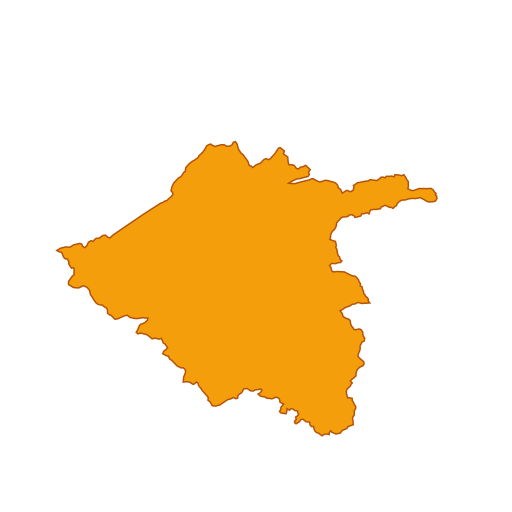 outline of Mombaça, Ceará, Brazil, rotated 212°
{"feature_id": "56859067B71410227491082", "entity_name": "Mombaça", "entity_type": "district", "adm_level": 2, "iso_a3": "BRA", "parent_name": "Brazil", "parent_adm1": "Ceará", "projection": "albers", "projection_center": [-39.786, -5.836], "detail": "fine", "context": "isolated", "style": "filled", "palette": "amber", "viewbox_px": 512, "rotation_deg": 212, "n_neighbors": 0, "source": "geoboundaries", "source_scale": "gbopen_adm2", "svg_char_len": 6137}
<svg xmlns="http://www.w3.org/2000/svg" viewBox="0 0 512 512"><g transform="rotate(212 256 256)"><path d="M353.6,327.0L355.1,325.4L356.3,323.0L355.9,320.8L356.1,316.5L356.8,313.0L357.5,310.9L357.2,309.2L358.8,305.0L360.0,302.9L361.4,299.5L362.4,294.0L361.6,291.7L360.7,290.3L361.5,288.9L361.7,283.5L363.1,281.1L364.4,274.4L364.0,270.4L362.7,266.4L360.3,265.5L359.1,264.2L359.4,261.3L360.7,257.3L361.0,255.4L362.5,254.3L363.2,252.2L364.8,250.3L373.6,231.7L388.3,198.2L389.5,193.9L391.6,193.4L394.8,193.9L396.7,192.3L398.6,187.8L400.7,186.5L401.5,184.7L401.8,182.1L404.0,181.6L405.2,179.3L405.3,177.4L404.8,175.3L405.7,172.3L408.1,172.3L409.9,173.7L412.0,173.4L415.9,169.5L417.1,167.9L418.1,165.3L420.2,163.8L422.2,162.9L425.9,159.0L427.9,155.1L426.2,155.1L422.6,156.0L418.4,153.0L416.5,152.5L414.5,153.4L412.0,152.2L410.7,150.2L408.4,148.9L406.1,147.9L404.6,149.4L402.8,147.9L401.7,145.6L400.4,144.1L401.1,141.5L401.5,135.5L400.8,133.7L399.7,132.5L394.2,132.5L390.5,134.3L389.1,135.4L386.8,139.2L384.8,139.7L382.4,139.8L378.9,138.6L375.9,135.5L373.6,134.6L370.8,133.1L367.1,131.6L364.6,131.3L362.5,131.9L360.3,132.9L357.2,132.5L355.0,132.7L353.2,131.3L351.7,128.9L349.2,128.5L347.1,128.8L342.1,127.6L339.9,129.6L335.8,135.6L333.8,137.6L330.5,137.1L326.4,138.5L324.7,139.3L323.0,140.4L319.5,143.6L317.0,144.7L314.8,146.1L314.1,144.0L314.8,141.0L316.5,138.2L317.7,137.0L318.0,135.0L317.2,130.8L317.1,127.7L314.7,127.5L312.8,129.6L307.9,131.1L306.1,131.5L300.1,130.7L298.6,132.4L297.2,133.2L294.0,134.2L292.6,136.0L288.5,133.1L286.4,133.2L284.5,132.2L282.4,131.5L282.8,128.9L283.8,126.3L283.3,123.7L279.2,123.9L277.0,124.7L275.0,123.0L271.8,122.8L264.8,121.0L260.1,121.4L258.7,122.7L256.7,122.3L255.1,121.6L254.0,119.6L253.2,115.1L250.9,110.5L248.0,112.8L245.6,113.8L241.4,113.8L240.3,115.1L239.9,117.5L238.1,117.6L236.6,116.2L234.9,115.2L232.9,114.7L230.6,113.5L223.0,111.3L221.4,110.6L220.4,108.3L217.6,107.9L213.8,105.9L211.6,106.8L210.3,107.7L207.6,110.8L203.9,119.2L202.0,121.0L200.1,124.1L197.6,124.2L196.2,125.7L197.4,128.1L196.9,130.2L196.0,131.6L195.7,133.8L196.0,136.7L193.3,138.9L189.1,138.8L186.6,140.2L185.8,142.0L183.8,143.5L181.7,145.6L179.9,145.5L179.9,142.3L181.1,140.0L178.4,139.5L175.6,140.3L173.6,141.3L171.4,141.1L169.3,142.3L167.2,143.1L165.8,144.4L165.0,146.2L162.9,147.4L160.7,147.3L159.4,146.2L158.3,144.8L156.1,144.8L154.1,145.1L154.7,141.0L153.7,139.0L153.7,136.6L151.9,136.1L146.9,138.1L147.6,140.7L148.7,143.0L145.8,143.0L145.6,144.9L143.8,145.8L141.4,145.5L138.6,146.5L137.5,145.3L136.0,144.2L136.1,142.4L137.0,140.5L135.2,138.7L135.8,136.5L134.9,135.1L133.1,134.9L131.3,138.7L131.1,141.4L129.7,142.4L125.7,142.0L122.4,143.5L120.8,141.4L118.6,140.7L116.9,141.9L114.8,139.8L113.0,138.7L111.1,138.3L109.4,138.9L104.7,138.5L103.7,140.8L102.1,142.4L99.3,143.4L100.3,145.2L99.9,147.5L98.3,146.7L93.9,147.4L90.6,150.6L90.6,152.4L90.2,154.0L87.5,157.9L87.6,160.0L84.1,164.5L86.8,168.1L88.1,169.4L88.6,171.1L88.3,172.7L89.3,174.9L90.6,176.7L90.6,179.3L91.6,181.2L94.2,182.3L95.7,183.5L97.9,184.5L99.0,186.3L101.7,185.2L103.1,184.3L106.3,187.2L107.7,189.2L108.3,191.4L107.1,195.5L107.4,197.6L107.1,199.4L109.6,199.9L109.6,201.7L108.8,203.5L107.7,207.2L108.9,209.4L109.7,211.7L109.9,213.4L109.2,216.5L107.1,219.7L107.2,221.8L108.6,223.4L114.7,224.4L116.4,225.1L117.2,226.6L118.0,231.1L118.9,233.2L120.1,234.8L120.2,237.1L120.6,239.0L119.2,241.1L120.1,243.8L122.5,244.9L123.8,246.0L125.1,247.9L127.3,249.1L129.3,249.1L130.8,247.9L132.4,246.3L134.2,245.6L135.7,246.6L137.6,247.1L139.8,248.6L142.0,251.2L143.7,251.6L146.5,250.9L150.1,250.8L152.3,252.9L155.9,254.3L154.7,255.6L153.1,259.3L152.3,260.7L150.7,262.3L149.7,263.9L148.8,266.1L146.6,267.8L145.6,269.8L143.8,271.1L141.3,271.7L134.6,276.5L137.0,277.3L138.0,279.0L139.8,279.8L141.6,279.8L143.2,280.9L144.9,281.3L146.1,283.1L147.8,284.0L149.9,286.2L151.7,285.8L152.9,288.0L154.6,288.5L156.3,290.0L158.8,291.0L161.3,291.4L164.1,290.1L172.7,289.3L178.9,285.9L180.9,284.2L183.2,283.2L185.2,284.7L186.5,286.2L188.6,286.9L188.0,289.7L184.3,291.8L182.9,293.8L180.9,295.2L180.5,297.3L182.8,297.7L184.6,299.5L186.4,299.9L188.2,301.3L191.1,304.6L193.1,305.7L193.4,307.5L196.4,310.5L199.2,309.7L202.2,309.2L202.6,311.1L203.6,312.9L204.2,315.1L204.3,317.5L203.7,319.1L203.5,321.9L204.0,324.3L205.1,326.7L204.9,329.1L204.4,330.7L204.1,333.3L203.0,335.1L200.7,336.7L198.9,338.4L198.8,340.0L196.6,341.8L193.9,342.0L192.5,341.1L188.4,345.4L188.6,348.1L186.5,349.3L185.0,351.5L182.4,351.7L182.9,353.3L183.3,355.7L181.0,357.8L178.5,359.4L175.5,362.0L175.8,363.9L173.3,367.5L168.9,368.0L166.8,368.9L165.0,369.0L164.4,371.5L163.6,373.1L164.0,375.4L163.5,377.7L162.2,380.4L159.1,382.7L157.9,384.0L156.8,385.4L153.5,388.0L152.0,388.7L150.6,389.7L149.0,391.1L147.8,392.6L146.0,392.5L144.3,392.9L140.2,392.9L137.9,393.5L134.2,396.2L132.9,397.8L133.0,400.7L134.6,402.6L136.2,402.8L136.4,404.5L138.2,404.7L140.6,405.9L143.3,406.1L148.1,402.8L149.6,402.2L150.9,401.0L153.1,400.0L157.2,394.8L159.4,393.8L162.8,393.5L163.8,396.0L166.4,399.9L168.7,400.7L170.3,401.8L173.7,403.3L175.0,401.3L177.4,400.5L181.3,398.6L180.8,396.4L183.2,395.7L185.5,394.0L187.7,392.7L188.0,390.7L189.9,390.3L191.7,389.1L192.2,386.8L193.6,384.0L199.7,381.2L200.8,378.7L202.3,377.9L209.0,371.6L209.9,368.9L210.8,367.5L209.2,366.1L208.5,362.9L210.1,360.4L213.7,359.9L214.8,358.0L216.1,355.0L219.1,357.0L220.7,357.5L222.5,357.4L224.0,359.2L226.3,359.9L228.3,360.0L235.3,357.9L237.3,357.0L239.2,354.6L241.3,352.4L245.6,351.9L248.3,351.9L249.7,351.0L251.5,348.2L253.0,347.0L261.7,337.7L266.9,335.0L266.0,337.1L262.4,342.8L260.0,344.7L253.9,351.2L253.9,353.4L256.0,354.9L255.7,358.0L262.0,359.2L263.6,356.4L265.5,354.8L266.0,352.3L268.1,351.7L271.4,353.0L273.0,352.8L276.5,350.9L278.2,352.3L281.6,356.8L286.8,357.1L287.6,360.1L293.1,360.7L294.1,359.2L294.2,353.1L295.6,345.3L296.8,344.2L299.1,343.9L300.4,341.9L301.4,337.2L304.2,333.3L305.6,329.3L307.9,329.7L309.5,329.1L313.1,332.0L320.7,335.1L323.2,335.3L326.0,336.6L328.0,337.7L331.3,340.9L334.1,342.1L335.5,340.5L335.2,337.5L336.5,335.2L338.7,333.7L342.0,333.4L344.5,331.9L348.8,327.2L351.4,326.7L353.6,327.0Z" fill="#f59e0b" stroke="#b45309" stroke-width="1.5"/></g></svg>